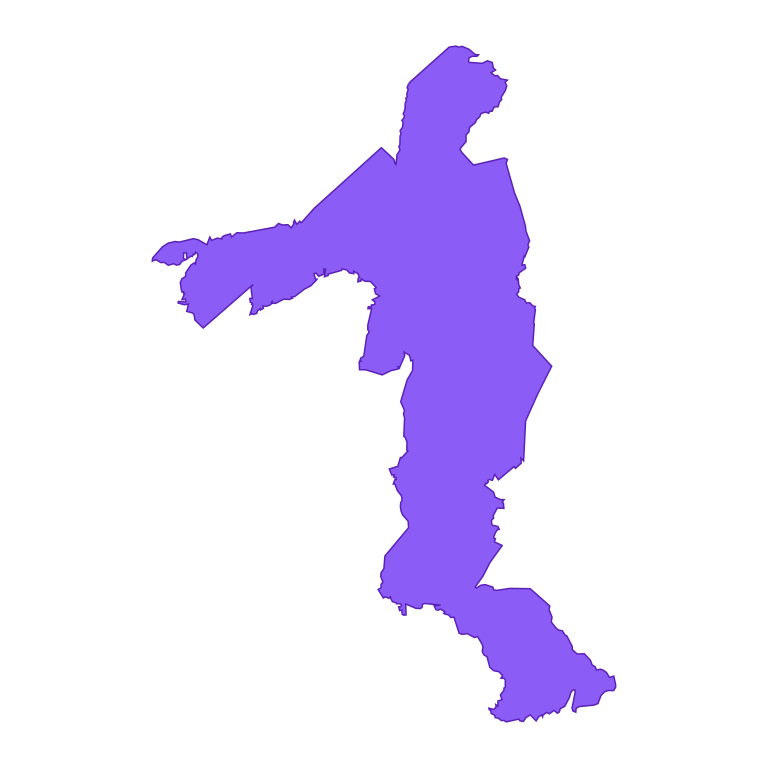 Tenamaxtlán, Jalisco, Mexico
{"feature_id": "50627088B22076648186197", "entity_name": "Tenamaxtlán", "entity_type": "district", "adm_level": 2, "iso_a3": "MEX", "parent_name": "Mexico", "parent_adm1": "Jalisco", "projection": "robinson", "projection_center": [-104.169, 20.135], "detail": "fine", "context": "isolated", "style": "filled", "palette": "violet", "viewbox_px": 768, "rotation_deg": 0, "n_neighbors": 0, "source": "geoboundaries", "source_scale": "gbopen_adm2", "svg_char_len": 6098}
<svg xmlns="http://www.w3.org/2000/svg" viewBox="0 0 768 768"><path d="M217.0,238.2L211.7,240.4L209.8,237.1L206.9,244.8L198.1,239.7L193.2,238.7L179.2,242.1L175.4,241.5L168.5,243.0L162.5,246.8L152.6,258.0L152.3,261.1L156.0,259.7L160.8,262.6L164.4,262.4L168.3,265.3L173.5,263.7L176.6,265.1L179.6,264.5L182.1,261.2L185.9,259.7L183.4,258.4L183.7,252.9L186.4,252.9L186.9,258.9L191.1,256.1L192.3,256.5L193.3,254.3L194.6,254.6L195.6,252.1L197.6,253.8L197.9,256.6L196.1,259.7L195.5,264.0L194.3,262.8L190.9,265.1L185.7,272.8L185.6,276.4L181.9,278.8L180.3,282.6L181.4,290.3L182.1,292.2L183.6,291.6L183.7,293.8L184.5,293.8L182.0,299.5L185.6,299.2L186.0,301.7L178.3,301.5L178.1,303.0L184.5,304.8L188.5,304.0L186.7,311.4L192.7,313.0L194.1,314.7L194.9,320.0L203.2,328.0L253.1,284.5L250.9,287.2L252.4,298.5L249.8,298.4L250.3,302.1L252.4,303.5L251.7,304.4L252.9,305.4L250.0,314.7L251.2,314.2L250.8,313.1L253.5,314.4L256.6,313.5L257.6,310.8L260.1,308.7L260.5,310.0L263.5,308.3L262.9,306.0L266.5,306.3L270.1,305.0L271.9,303.2L271.5,302.1L272.1,301.5L272.0,303.3L275.5,303.4L283.9,299.1L289.2,299.5L292.4,298.2L291.4,297.1L294.6,296.6L304.4,289.1L310.7,285.9L316.4,280.1L317.1,279.2L315.5,279.1L313.9,273.6L316.1,273.2L318.8,276.3L324.0,274.0L323.7,269.0L325.6,269.1L324.4,276.7L328.2,275.5L328.2,274.1L341.5,270.4L342.2,268.8L346.9,270.0L349.5,273.0L353.9,273.7L353.7,271.3L357.9,273.6L359.3,277.0L358.2,278.2L357.9,281.9L361.0,281.0L361.3,278.9L364.8,281.2L370.4,281.5L376.3,287.7L374.3,288.8L375.6,293.8L379.8,296.0L372.3,299.9L375.1,302.0L374.6,304.5L371.3,305.0L371.3,307.2L368.4,306.6L367.9,308.7L371.6,308.8L367.8,325.1L367.8,329.6L369.2,331.9L366.8,335.5L363.8,356.2L360.8,358.1L359.9,360.6L361.0,361.1L359.2,361.7L359.5,369.7L365.7,369.8L382.2,374.9L390.8,370.7L398.4,368.9L399.3,368.4L398.0,366.8L399.7,367.2L404.7,355.8L404.0,352.0L409.6,355.5L410.8,360.9L412.8,360.2L412.6,370.5L407.2,379.7L400.7,401.7L404.5,410.5L403.5,414.0L404.6,417.8L403.8,436.4L405.1,437.3L407.0,442.0L406.8,450.2L408.0,450.9L401.5,458.0L400.4,457.5L397.8,466.3L389.3,469.0L391.8,475.1L394.4,474.9L393.5,477.0L396.2,477.6L396.2,479.5L394.9,479.4L393.3,484.0L394.7,483.8L397.4,490.6L401.4,495.8L402.1,500.1L400.7,502.8L400.4,506.8L401.2,511.5L402.6,514.9L408.1,521.1L408.6,527.7L384.9,556.0L383.9,568.6L381.1,572.7L380.7,576.2L382.9,582.3L381.1,584.2L381.0,587.9L378.1,589.5L383.4,598.0L385.3,596.8L388.8,598.3L390.8,596.3L390.3,597.7L392.5,601.7L396.4,602.9L396.5,603.8L400.5,603.8L401.5,605.2L400.5,606.8L398.7,606.7L399.6,610.6L401.8,610.1L402.2,614.2L403.7,615.2L406.1,614.9L405.7,604.0L415.8,608.3L420.2,608.6L422.0,607.4L422.6,604.2L424.6,603.5L440.8,605.1L434.2,605.8L436.0,609.7L438.3,610.2L440.2,609.0L444.9,611.8L443.7,613.4L444.7,614.0L448.7,614.9L450.8,617.5L454.0,617.2L459.1,633.2L461.9,634.3L467.5,633.7L474.4,637.5L477.5,636.5L482.1,644.2L482.9,646.7L482.3,651.5L483.8,654.8L487.0,656.7L489.8,667.3L493.7,670.7L498.9,671.7L502.6,675.6L501.0,678.2L504.3,678.5L505.3,679.9L505.3,687.4L504.0,688.0L503.9,690.4L500.4,694.9L502.0,699.7L497.9,701.0L497.9,706.1L495.8,704.6L496.1,706.8L493.9,709.4L488.9,708.2L489.2,709.7L490.6,710.3L491.2,713.5L494.5,715.0L495.3,717.7L498.2,718.1L501.4,720.6L504.0,720.4L506.3,721.9L518.8,719.1L519.8,720.8L523.4,721.5L525.9,717.6L530.3,714.9L536.1,720.9L538.7,716.8L541.8,714.9L542.6,716.7L542.8,715.4L546.6,712.4L549.5,713.8L554.0,710.4L557.3,713.2L559.3,712.0L560.3,708.6L564.7,706.4L569.4,697.5L570.9,692.2L573.2,689.9L574.9,689.9L575.2,692.0L572.0,708.2L573.0,711.0L575.8,712.2L576.1,708.5L579.0,706.6L594.1,705.1L598.0,703.5L600.9,695.7L604.5,691.8L608.2,690.5L613.6,690.6L615.6,687.4L615.7,685.0L613.8,676.1L609.5,677.4L606.4,672.4L603.5,670.3L600.4,669.2L596.6,670.0L595.1,666.7L592.1,664.9L590.5,660.4L584.4,653.8L577.2,654.0L572.3,649.6L572.3,646.6L566.8,635.9L565.1,635.1L562.3,630.7L558.9,630.2L556.3,628.4L551.3,622.0L552.0,617.0L549.0,609.5L549.8,606.0L530.2,588.7L509.8,588.4L496.6,590.4L493.8,589.9L492.7,587.0L485.0,584.6L480.7,585.3L476.5,588.0L475.2,587.0L482.9,576.3L490.1,562.3L502.2,545.5L495.1,542.2L494.5,541.0L495.4,538.7L494.0,538.5L493.9,536.5L495.3,532.9L497.2,529.9L500.0,529.1L498.0,529.2L498.5,527.6L497.7,526.4L492.6,525.3L491.7,524.0L491.5,520.3L493.7,518.0L493.1,515.9L497.3,508.0L503.9,508.4L503.4,503.2L502.3,502.1L504.1,499.6L500.7,499.6L495.1,497.2L493.6,492.1L484.5,485.3L485.8,483.1L486.7,483.7L488.3,481.9L487.8,480.4L489.4,479.5L492.4,480.3L494.7,474.4L498.4,479.8L513.9,466.7L515.5,468.4L521.2,463.2L520.9,458.1L523.6,460.9L525.6,421.0L537.6,394.2L551.7,366.2L532.7,345.5L534.3,323.8L533.6,323.2L535.4,309.7L534.6,308.2L535.4,306.5L532.7,305.8L529.8,302.7L526.3,303.0L524.6,299.7L518.8,297.2L516.6,294.2L518.7,291.7L518.8,288.5L520.3,288.0L518.8,284.9L518.2,279.0L517.5,277.9L516.9,279.7L516.2,279.0L516.5,276.2L518.8,274.9L519.0,272.9L525.7,268.2L524.8,264.7L521.9,265.2L524.2,256.1L524.8,256.8L528.8,247.2L527.9,244.6L529.6,240.8L526.0,231.3L525.5,226.4L519.9,206.1L514.6,193.2L506.1,163.2L507.5,159.5L504.1,158.0L473.5,165.1L461.8,152.4L459.9,149.0L466.1,141.5L466.0,135.0L468.9,132.0L469.6,127.4L475.2,122.8L476.6,119.7L479.7,116.8L481.0,113.5L485.7,112.1L488.6,113.3L489.8,111.3L492.1,111.3L494.1,107.1L498.1,106.7L499.5,101.8L501.7,99.7L501.2,97.2L505.3,90.6L506.8,85.9L505.1,82.3L507.4,80.1L500.3,78.8L497.6,75.5L494.9,75.9L491.1,72.6L495.6,70.0L493.3,67.9L492.3,62.5L487.4,60.8L482.2,63.3L469.3,62.4L468.5,61.4L469.2,57.7L472.2,56.3L476.9,56.3L478.5,54.8L475.0,54.4L469.2,49.4L462.0,46.3L459.3,47.2L456.0,46.1L449.2,47.1L410.2,81.9L408.2,84.7L407.1,87.8L408.2,89.3L406.8,94.0L407.2,96.7L405.8,98.4L406.5,100.8L405.4,102.3L404.8,110.1L403.2,113.9L404.3,115.3L404.1,117.6L401.8,120.4L403.1,121.7L402.6,127.1L400.1,130.8L401.0,133.8L400.1,135.9L399.9,144.7L398.9,146.6L400.0,149.9L397.0,154.7L396.1,164.3L395.5,164.5L393.8,159.3L381.4,147.7L314.1,208.4L301.4,222.7L299.7,221.2L296.8,224.3L294.5,220.1L293.4,222.7L294.1,223.5L291.2,227.8L288.0,224.7L282.6,225.0L278.5,223.5L274.6,227.2L243.3,233.0L237.0,232.7L231.5,237.0L230.4,233.9L224.1,235.7L222.0,237.2L222.0,238.8L217.0,238.2Z" fill="#8b5cf6" stroke="#5b21b6" stroke-width="1.5"/></svg>